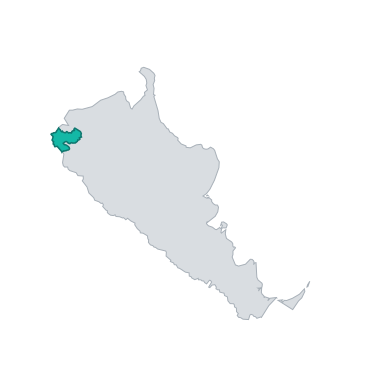 Jujuy highlighted on a map of Argentina, rotated 303°
{"feature_id": "ARG-1301", "entity_name": "Jujuy", "entity_type": "Province", "adm_level": 1, "iso_a3": "ARG", "parent_name": "Argentina", "parent_adm1": "", "projection": "albers", "projection_center": [-65.702, -23.2], "detail": "fine", "context": "in_parent", "style": "filled", "palette": "teal", "viewbox_px": 384, "rotation_deg": 303, "n_neighbors": 0, "source": "natural_earth", "source_scale": "10m", "svg_char_len": 6672}
<svg xmlns="http://www.w3.org/2000/svg" viewBox="0 0 384 384"><g transform="rotate(303 192 192)"><path d="M235.9,124.4L233.5,128.1L233.8,130.7L231.5,136.6L232.0,137.8L230.2,140.6L230.6,143.7L229.6,146.6L229.8,150.4L229.1,151.4L227.7,151.7L226.4,156.8L227.4,161.8L226.3,162.8L228.1,166.5L233.8,169.9L236.7,173.3L236.7,174.7L235.0,176.6L234.7,178.2L235.5,180.5L236.9,182.0L239.7,183.1L239.9,186.3L239.3,188.3L233.6,195.3L232.2,198.4L227.1,201.3L214.1,204.4L204.1,205.5L198.4,205.0L194.6,203.4L194.8,207.5L196.7,208.7L195.7,208.8L196.5,209.5L196.0,212.9L194.8,213.5L193.8,216.2L193.8,218.6L194.9,220.5L193.7,222.5L189.4,224.4L184.3,224.7L174.9,221.5L175.3,221.0L174.8,220.8L173.3,221.4L172.6,224.1L173.6,228.3L173.3,231.9L173.8,233.1L177.2,234.5L177.0,236.0L178.1,236.1L180.5,235.8L180.8,234.6L179.6,234.2L182.9,233.3L184.1,234.8L184.1,238.5L183.6,239.5L181.0,240.1L180.3,240.0L178.8,237.4L177.6,236.8L173.9,238.2L173.5,239.0L178.8,240.9L174.9,242.8L171.8,246.2L171.7,252.5L171.0,254.2L168.8,255.8L168.4,257.0L169.2,257.7L168.9,258.9L164.8,258.5L161.9,260.4L159.3,261.1L154.5,268.1L155.2,271.4L160.6,276.2L167.3,277.5L168.2,279.1L167.9,281.0L167.1,282.1L164.6,283.2L166.7,283.2L167.6,284.2L155.8,292.8L154.2,295.3L153.6,300.4L152.7,301.4L150.3,302.5L148.6,301.4L147.3,299.6L147.4,301.1L145.1,301.7L147.8,301.7L149.1,302.9L145.5,304.9L144.5,306.5L144.0,308.9L142.6,310.2L143.7,309.9L144.9,314.4L142.0,314.8L145.5,315.4L149.6,320.4L149.3,320.8L149.2,320.3L138.6,318.3L124.6,318.5L124.7,317.8L121.4,315.2L122.0,313.2L121.4,311.5L122.0,310.0L121.5,308.1L120.3,307.6L115.8,308.9L113.1,304.0L113.1,301.2L112.3,299.5L113.0,297.2L115.3,297.0L115.9,294.5L118.8,292.5L118.8,290.2L120.5,288.9L120.9,287.7L119.2,284.8L120.3,281.4L123.3,278.8L122.9,275.7L124.6,274.0L123.2,269.9L124.9,268.0L124.0,267.0L123.9,264.8L125.6,264.1L126.7,261.6L124.8,259.5L121.5,259.0L121.3,257.8L127.2,257.5L127.9,255.7L127.5,254.7L122.9,254.3L122.9,251.9L123.8,250.3L122.9,248.8L123.2,247.3L121.9,245.2L123.0,244.2L120.0,242.1L119.8,238.4L120.5,237.5L120.0,235.5L122.6,233.6L121.2,230.1L121.2,223.2L120.7,221.4L122.3,218.5L121.4,216.7L122.5,215.2L121.9,211.7L123.3,211.4L124.1,205.2L127.5,203.3L128.2,202.1L125.5,194.4L125.7,191.5L125.1,190.1L125.7,188.4L125.0,185.9L126.0,182.9L128.4,181.6L128.6,180.6L131.0,178.4L130.8,173.4L129.6,170.9L130.8,169.9L131.5,166.0L133.3,161.9L134.9,161.1L134.4,156.5L134.9,152.3L132.7,151.6L133.2,148.6L132.4,147.9L131.8,144.7L130.3,142.0L130.2,140.7L131.0,139.9L129.4,138.9L128.2,136.3L128.3,133.9L128.6,132.3L130.3,131.1L129.9,129.9L131.2,125.0L133.0,124.7L133.9,122.9L132.9,122.0L133.1,119.1L132.1,114.9L133.7,112.7L135.0,106.1L139.0,101.3L141.6,93.9L143.7,93.8L146.1,92.1L143.6,87.4L145.1,84.3L143.4,77.9L143.8,75.6L145.2,74.1L143.6,71.7L144.0,69.7L146.2,67.4L154.0,63.9L156.9,54.0L155.3,52.3L159.5,46.4L162.5,45.4L163.8,42.5L167.8,45.3L174.7,45.4L178.1,46.6L180.6,52.3L184.2,44.7L193.8,44.6L195.7,47.4L199.2,50.6L201.6,54.9L209.3,61.8L219.2,65.4L225.1,70.1L232.1,74.3L235.5,75.3L238.1,78.1L238.7,80.1L237.0,81.6L235.7,84.5L233.7,86.0L232.8,87.9L232.8,90.3L228.9,94.9L228.9,96.6L232.6,96.4L241.5,98.8L245.9,99.1L247.2,100.0L249.7,97.9L253.4,99.0L256.2,95.4L258.7,94.8L261.5,92.3L263.0,89.2L264.1,82.2L265.6,82.8L268.1,82.0L270.3,83.6L271.7,89.6L270.8,95.3L269.6,97.5L266.8,98.5L265.2,100.0L260.9,100.9L258.3,103.7L252.8,106.6L253.0,108.3L251.3,108.0L241.8,119.1L235.9,124.4ZM148.2,340.5L148.0,323.2L150.8,326.6L149.5,326.4L149.1,328.1L151.4,328.4L152.5,330.4L157.5,334.1L164.8,337.8L172.0,339.0L170.0,340.8L162.9,341.7L158.7,340.7L148.2,340.5ZM174.9,340.1L177.1,339.5L181.3,339.4L175.7,340.7L174.9,340.1ZM197.9,206.6L197.8,207.4L196.4,206.1L197.9,206.6Z" fill="#d9dde1" stroke="#a8b0b8" stroke-width="1"/><path d="M154.8,61.0L154.9,60.9L155.5,58.9L156.1,56.8L156.7,54.8L156.8,54.3L156.9,54.0L155.3,52.3L155.7,51.5L156.0,51.2L156.6,50.7L156.7,50.3L156.7,49.4L156.8,49.4L157.0,49.4L157.3,49.3L157.3,49.2L157.5,49.0L157.7,48.9L158.7,48.5L158.8,48.5L158.8,48.4L158.8,48.1L158.9,47.9L159.0,47.6L159.1,46.9L159.1,46.7L159.3,46.5L159.5,46.3L159.8,46.3L160.0,46.3L160.2,46.2L161.3,45.9L162.4,45.6L162.6,45.4L162.7,45.2L162.8,45.1L163.0,45.1L163.1,44.8L163.2,43.9L163.6,42.4L163.8,42.3L164.5,42.5L164.9,42.7L165.2,43.0L165.3,43.5L166.2,43.7L166.4,43.8L167.5,45.2L167.8,45.3L168.0,45.4L169.3,45.3L169.3,45.2L169.5,45.2L170.1,45.3L170.6,45.3L173.0,45.3L172.9,45.5L172.8,45.8L172.7,46.0L172.6,46.5L172.5,46.8L172.5,47.3L172.5,47.5L172.3,47.7L172.2,47.9L172.0,48.5L171.9,48.6L171.9,48.8L171.7,49.1L171.6,49.3L171.6,49.5L171.6,50.0L171.9,50.0L172.2,50.4L172.3,50.4L172.1,50.7L172.1,50.9L172.1,51.0L172.1,51.3L172.1,51.5L172.2,52.4L172.3,52.5L172.5,53.3L172.7,53.6L172.9,53.7L173.0,53.8L173.9,53.8L174.1,53.8L174.3,53.9L174.4,54.1L174.5,54.2L174.5,54.3L174.5,54.6L174.4,55.5L174.3,56.1L174.2,56.2L174.2,56.3L174.3,56.5L174.6,56.6L174.9,56.8L175.0,56.9L175.1,57.1L175.2,57.4L175.6,58.0L175.6,58.5L175.8,58.7L176.2,58.8L176.4,58.7L176.5,58.7L176.8,58.4L177.2,58.3L177.4,58.3L177.5,58.3L177.7,58.5L177.8,58.5L178.2,58.6L178.5,58.8L178.8,59.1L179.0,59.3L179.2,59.5L179.3,59.7L179.5,59.9L179.7,59.7L179.8,59.6L179.9,59.2L180.1,58.9L180.3,58.8L181.4,58.8L181.6,58.8L181.7,59.0L181.8,59.2L181.9,65.3L181.7,65.9L181.4,66.4L180.9,67.1L180.7,67.4L180.5,67.5L180.4,67.5L180.1,67.5L179.9,67.6L179.7,67.6L179.4,67.9L179.3,68.0L178.9,68.1L178.4,68.5L178.2,68.9L178.1,69.1L178.0,69.3L177.9,69.4L176.1,67.9L175.9,68.0L175.4,69.2L175.2,69.2L174.3,68.9L174.0,68.7L173.2,68.1L173.2,67.9L172.7,68.1L172.3,68.2L172.1,68.3L171.8,68.2L171.4,68.0L171.2,68.0L170.8,67.9L170.7,67.8L170.5,67.6L170.4,67.5L170.2,67.5L169.9,67.6L169.6,67.4L169.4,67.3L169.3,67.2L169.2,66.8L168.3,65.7L168.0,65.2L167.9,65.0L168.0,64.6L167.9,64.2L167.7,64.1L167.3,63.9L167.2,63.7L166.9,63.4L166.7,63.3L166.4,63.4L166.2,63.4L166.0,63.2L165.8,62.9L165.8,62.7L165.8,62.4L165.8,62.2L165.7,62.2L165.6,61.3L165.6,61.2L165.8,61.0L165.9,60.8L165.9,60.7L165.9,60.3L165.9,59.8L165.9,59.6L165.9,59.3L165.9,59.2L165.8,58.9L165.6,58.7L164.3,57.9L164.2,57.9L163.9,57.9L163.5,57.7L163.3,57.7L162.9,57.5L162.8,57.4L162.7,57.4L162.6,57.5L162.3,58.6L162.2,58.9L162.2,59.2L162.3,59.3L162.5,59.8L162.8,60.6L162.8,60.8L162.9,61.4L162.8,62.2L162.8,63.2L162.8,63.6L162.7,63.9L162.7,64.0L162.5,64.4L162.5,64.7L162.4,64.8L162.2,64.9L162.2,65.0L161.7,65.6L161.4,65.8L160.9,65.8L160.5,65.7L160.2,65.6L159.9,65.4L159.7,65.2L159.4,64.8L159.1,64.5L159.0,64.4L158.3,64.1L158.2,64.0L158.1,63.9L158.0,63.7L157.7,63.4L157.6,63.2L157.4,63.0L157.2,63.0L157.1,62.9L157.1,62.7L156.7,62.3L156.4,62.0L156.4,61.9L156.2,61.9L155.9,61.8L155.7,61.7L155.5,61.4L155.4,61.4L155.2,61.3L155.1,61.2L154.9,61.0L154.8,61.0Z" fill="#14b8a6" stroke="#0f766e" stroke-width="1.5"/></g></svg>